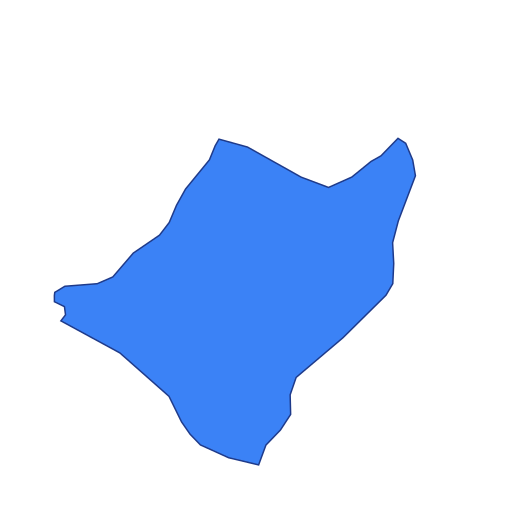 an SVG outline of Bayburt, rotated 309°
{"feature_id": "TUR-3032", "entity_name": "Bayburt", "entity_type": "Province", "adm_level": 1, "iso_a3": "TUR", "parent_name": "Turkey", "parent_adm1": "", "projection": "robinson", "projection_center": [40.231, 40.313], "detail": "fine", "context": "isolated", "style": "filled", "palette": "blue", "viewbox_px": 512, "rotation_deg": 309, "n_neighbors": 0, "source": "natural_earth", "source_scale": "10m", "svg_char_len": 711}
<svg xmlns="http://www.w3.org/2000/svg" viewBox="0 0 512 512"><g transform="rotate(309 256 256)"><path d="M247.1,375.0L186.9,363.6L169.6,369.9L154.7,382.6L136.2,384.5L115.3,382.7L95.3,389.5L82.0,361.7L74.2,331.7L76.0,317.0L80.2,302.6L92.2,276.7L95.0,211.2L82.8,145.2L90.4,145.0L96.1,139.0L93.6,128.1L98.5,124.1L101.1,122.5L112.2,126.5L134.5,150.0L149.6,157.9L181.1,158.8L211.5,167.9L227.4,167.5L245.4,162.3L263.7,159.1L301.4,159.3L316.0,154.9L323.5,153.7L335.3,180.8L345.7,241.5L354.9,269.2L377.7,280.8L401.9,285.9L412.5,290.1L436.8,292.3L437.8,301.4L429.2,317.4L418.7,329.4L372.9,344.5L352.3,353.8L336.8,367.8L320.6,379.7L307.3,381.7L247.1,375.0Z" fill="#3b82f6" stroke="#1e3a8a" stroke-width="1.5"/></g></svg>